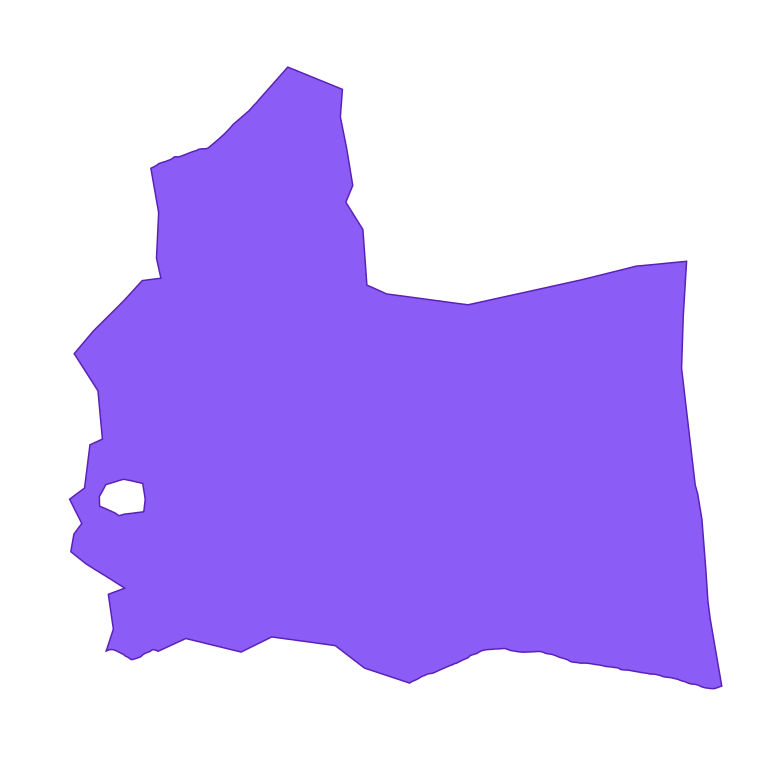 Sergelen, Töv, Mongolia, rotated 267°
{"feature_id": "93677404B51496043907868", "entity_name": "Sergelen", "entity_type": "district", "adm_level": 2, "iso_a3": "MNG", "parent_name": "Mongolia", "parent_adm1": "Töv", "projection": "orthographic", "projection_center": [106.911, 47.411], "detail": "fine", "context": "isolated", "style": "filled", "palette": "violet", "viewbox_px": 768, "rotation_deg": 267, "n_neighbors": 0, "source": "geoboundaries", "source_scale": "gbopen_adm2", "svg_char_len": 5206}
<svg xmlns="http://www.w3.org/2000/svg" viewBox="0 0 768 768"><g transform="rotate(267 384 384)"><path d="M64.7,705.5L132.1,697.5L150.1,696.1L181.2,695.7L232.4,694.4L257.9,691.5L266.9,689.5L384.3,682.0L436.1,686.4L490.7,692.6L488.9,652.1L488.5,642.1L477.6,586.0L458.7,472.1L461.6,456.3L470.4,409.6L473.8,391.3L483.7,372.1L539.4,371.0L567.5,355.4L583.9,363.2L620.9,359.1L653.0,354.4L680.4,357.9L705.5,304.5L674.6,274.1L671.8,271.6L669.1,268.6L663.8,263.3L651.1,246.9L647.6,243.6L643.2,239.0L636.7,231.1L629.1,221.0L628.3,219.0L628.3,217.8L628.3,216.1L628.4,214.4L628.2,211.9L627.7,210.3L626.8,208.5L626.5,206.7L625.9,204.7L625.2,202.4L623.7,198.0L621.9,192.4L621.5,189.5L621.8,188.8L621.8,187.7L621.6,186.1L620.3,184.5L619.4,182.9L618.9,181.5L618.5,179.8L617.7,177.8L617.1,174.9L615.9,170.7L614.4,168.5L612.9,165.5L611.6,162.5L574.6,167.0L568.8,167.7L566.5,167.9L521.8,163.4L520.2,163.6L501.7,166.7L501.3,166.7L500.7,158.2L499.9,148.0L497.4,145.4L482.0,129.8L475.0,122.1L452.3,96.7L451.9,96.3L451.8,96.2L430.5,76.2L392.1,98.0L343.7,99.9L338.7,87.2L315.8,83.1L295.8,79.5L290.9,72.2L290.0,70.8L285.7,64.5L285.4,64.0L268.2,71.5L263.5,73.6L260.4,74.9L259.9,74.4L256.0,71.1L250.4,66.5L236.2,63.2L233.3,62.6L232.9,62.5L219.9,77.1L214.2,85.2L203.4,100.8L193.7,114.3L189.9,102.4L188.4,97.7L153.4,100.9L153.1,100.8L132.1,92.7L131.9,92.6L132.0,93.1L133.0,95.9L133.1,97.8L132.7,100.3L131.2,103.3L127.5,109.8L125.9,111.4L124.7,113.6L123.3,115.6L122.1,116.8L122.0,118.5L122.7,121.4L124.1,126.2L125.1,127.7L126.5,129.3L127.7,131.7L128.5,134.2L129.0,135.9L130.0,137.6L130.8,139.2L130.6,140.7L129.7,143.1L128.9,144.4L140.2,172.7L123.8,227.3L137.3,258.6L125.3,321.6L101.3,349.7L84.0,393.9L85.5,396.5L86.6,399.7L87.8,402.6L88.9,404.5L90.2,407.1L90.7,409.2L91.9,411.7L92.4,414.5L92.5,416.5L93.0,418.6L96.2,426.6L96.9,428.5L98.0,431.5L99.5,435.6L100.2,438.3L101.1,439.6L101.2,441.4L102.2,443.5L104.4,448.5L105.2,450.8L106.1,453.3L108.2,455.9L108.7,457.3L109.6,460.7L110.0,462.7L111.1,464.4L112.4,467.3L112.7,468.5L113.3,472.3L113.4,478.4L113.6,482.2L113.4,484.8L113.6,488.1L113.5,491.1L112.1,494.5L111.2,496.6L110.6,499.6L109.6,503.9L109.3,505.9L109.1,507.5L108.9,508.9L108.9,510.7L108.8,513.2L108.8,517.2L108.8,519.3L108.8,522.3L108.8,525.4L108.5,526.8L107.9,528.6L106.3,532.1L105.8,534.5L105.5,536.2L105.2,537.4L104.6,539.1L103.3,542.1L101.9,544.9L101.2,547.1L100.1,550.2L99.4,552.0L98.3,554.0L97.4,555.2L96.7,556.6L96.4,558.1L96.0,560.6L95.7,562.5L95.3,564.0L95.0,565.3L94.9,567.4L94.8,569.2L94.7,570.9L94.4,573.1L94.0,575.0L93.7,576.7L93.3,578.5L92.8,580.4L92.4,583.0L91.6,586.6L90.9,588.8L90.2,591.3L89.7,595.2L88.9,599.1L88.5,601.1L88.3,602.8L87.7,603.8L86.7,605.1L86.4,605.9L86.1,607.4L85.7,610.7L85.3,613.9L84.7,616.0L83.7,620.4L82.8,624.3L82.1,627.2L81.9,628.6L81.5,630.4L81.3,631.7L80.5,634.3L80.3,635.9L80.2,637.9L79.8,640.0L79.0,642.7L78.3,645.1L77.3,647.1L76.8,648.8L76.3,651.6L75.9,654.2L75.4,656.3L74.9,658.0L74.3,659.8L73.8,661.8L72.9,663.6L72.0,665.7L71.2,668.3L70.0,670.9L69.3,672.3L68.8,673.7L68.3,675.3L68.1,677.2L67.7,679.4L66.7,682.3L65.1,685.1L64.2,687.6L63.6,689.5L63.4,691.3L63.0,693.1L62.7,694.9L62.5,697.0L62.6,698.4L62.9,699.6L64.7,705.5ZM298.6,133.5L297.3,137.9L295.9,138.0L295.5,138.0L295.0,138.1L294.6,138.1L294.1,138.2L293.5,138.2L293.1,138.3L292.5,138.4L292.1,138.4L291.6,138.4L291.2,138.5L290.9,138.5L290.5,138.6L290.3,138.6L290.0,138.6L289.6,138.7L289.4,138.7L289.1,138.7L288.7,138.8L288.3,138.8L287.9,138.8L287.6,138.9L287.2,138.9L286.8,139.0L286.5,139.0L286.2,139.0L285.9,139.1L285.7,139.1L285.2,139.1L284.9,139.2L284.7,139.2L284.3,139.2L284.0,139.3L283.9,139.3L283.7,139.3L283.4,139.3L283.2,139.3L282.8,139.4L282.7,139.4L282.2,139.4L281.7,139.4L281.3,139.5L281.2,139.5L280.2,139.3L278.8,139.1L278.3,139.0L277.3,138.8L277.1,138.8L276.6,138.7L276.0,138.6L275.5,138.5L275.2,138.5L274.9,138.4L274.6,138.4L274.1,138.3L273.6,138.2L272.9,138.1L272.3,138.0L271.8,137.9L271.4,137.9L271.1,137.8L270.7,137.7L269.0,137.3L268.8,135.4L268.8,134.7L268.6,132.7L268.5,130.7L268.5,130.4L268.4,130.3L268.4,130.1L268.4,129.9L268.4,129.7L268.4,129.4L268.4,129.2L268.3,128.8L268.3,128.6L268.3,128.4L268.3,128.2L268.3,127.9L268.2,127.7L268.2,127.4L268.2,127.2L268.2,126.8L268.2,126.6L268.1,126.3L268.1,126.0L268.0,124.8L267.9,122.1L267.7,119.7L267.7,119.3L267.7,119.0L267.7,118.7L267.7,118.2L267.6,117.7L267.4,117.2L267.4,116.9L267.3,116.6L267.2,116.4L267.2,116.1L267.1,115.8L267.1,115.6L267.0,115.3L266.9,115.1L266.9,114.8L266.8,114.5L266.8,114.2L266.7,114.0L266.6,113.7L266.5,113.2L266.4,112.9L266.4,112.6L267.2,111.3L268.3,109.9L268.7,109.4L268.8,109.2L269.4,108.5L269.5,108.4L269.5,108.2L269.7,107.9L269.8,107.8L269.8,107.7L270.7,105.9L271.0,105.3L271.2,105.1L271.7,104.1L272.7,102.0L272.9,101.7L273.1,101.2L274.2,99.2L275.3,96.9L276.9,93.6L285.6,93.8L286.4,93.8L293.6,98.3L294.3,98.7L295.1,99.2L296.5,100.0L297.8,100.8L298.1,101.0L298.3,101.8L298.4,102.3L298.5,102.5L298.5,102.8L298.6,103.0L299.5,106.8L299.7,107.4L300.0,108.7L300.1,109.2L301.1,113.1L301.4,114.2L301.5,114.6L302.0,116.8L302.5,119.0L302.2,120.4L301.3,123.6L301.3,123.8L301.2,124.0L301.2,124.4L301.1,124.6L301.0,124.8L300.8,126.0L300.4,127.2L300.1,128.4L298.9,132.2L298.6,133.5Z" fill="#8b5cf6" stroke="#5b21b6" stroke-width="1.5"/></g></svg>